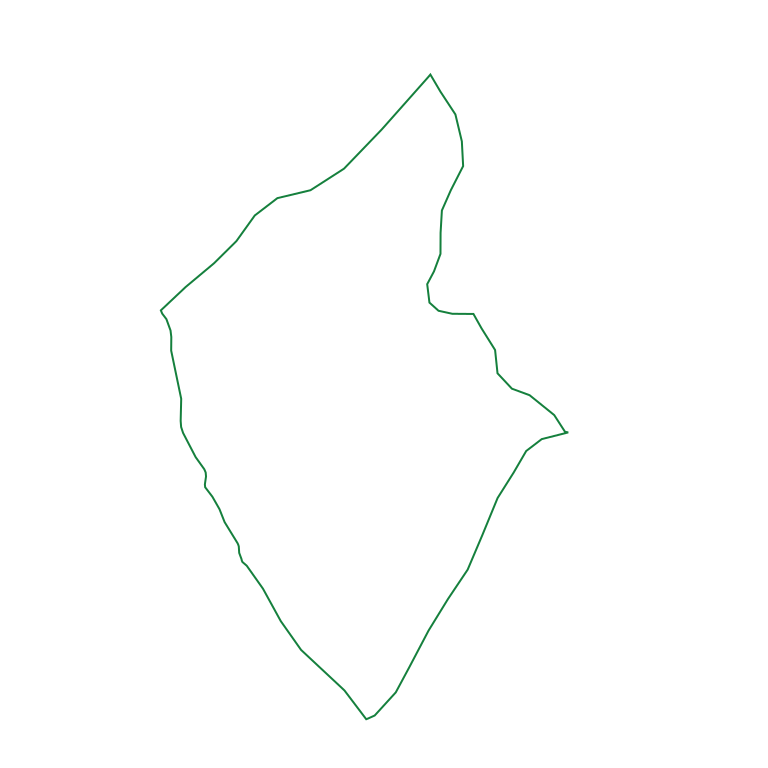 an SVG outline of Surt, rotated 222°
{"feature_id": "LBY-2985", "entity_name": "Surt", "entity_type": "Municipality", "adm_level": 1, "iso_a3": "LBY", "parent_name": "Libya", "parent_adm1": "", "projection": "albers", "projection_center": [17.512, 29.873], "detail": "fine", "context": "isolated", "style": "outline", "palette": "green", "viewbox_px": 768, "rotation_deg": 222, "n_neighbors": 0, "source": "natural_earth", "source_scale": "10m", "svg_char_len": 1102}
<svg xmlns="http://www.w3.org/2000/svg" viewBox="0 0 768 768"><g transform="rotate(222 384 384)"><path d="M172.9,123.0L208.3,129.8L267.7,130.9L302.0,138.7L337.0,150.9L364.4,157.1L370.1,157.0L371.6,157.7L372.7,158.5L378.6,161.6L383.2,166.1L384.9,167.1L386.3,167.7L410.0,174.7L422.5,180.9L436.1,185.4L447.8,187.6L449.9,189.5L454.4,196.2L457.3,198.9L460.5,200.4L475.0,203.6L500.6,213.2L506.0,216.3L510.4,220.5L524.8,237.3L564.5,266.4L573.5,276.6L578.4,280.9L589.1,286.6L595.9,287.9L599.1,289.4L596.3,323.4L591.1,360.0L589.3,391.4L592.8,422.8L587.6,450.8L568.3,478.8L557.8,517.3L556.0,571.6L556.5,641.8L556.6,645.0L537.6,639.0L511.3,632.1L488.5,616.4L471.0,598.9L464.0,572.7L457.1,551.7L443.1,534.2L429.1,518.5L422.2,501.1L418.7,487.1L404.7,474.9L392.5,474.9L380.2,481.9L364.4,495.9L348.7,490.6L324.2,483.6L306.8,467.9L285.8,466.1L268.3,473.1L236.7,474.8L217.5,469.6L214.7,471.3L229.9,448.6L233.5,429.4L228.4,405.0L223.3,375.3L209.6,336.9L197.6,302.0L192.6,267.1L185.9,230.6L175.7,190.5L168.9,162.7L169.1,131.4L172.0,124.8L172.9,123.0L172.9,123.0Z" fill="none" stroke="#15803d" stroke-width="2"/></g></svg>